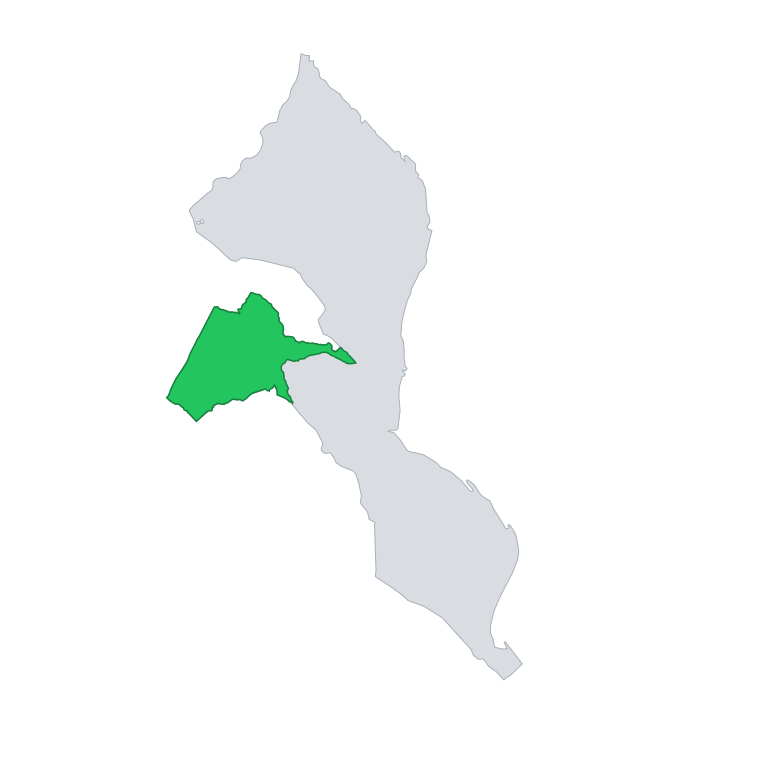 location of Tete within Mozambique, rotated 318°
{"feature_id": "MOZ-1190", "entity_name": "Tete", "entity_type": "Province", "adm_level": 1, "iso_a3": "MOZ", "parent_name": "Mozambique", "parent_adm1": "", "projection": "robinson", "projection_center": [33.352, -15.869], "detail": "fine", "context": "in_parent", "style": "filled", "palette": "green", "viewbox_px": 768, "rotation_deg": 318, "n_neighbors": 0, "source": "natural_earth", "source_scale": "10m", "svg_char_len": 9504}
<svg xmlns="http://www.w3.org/2000/svg" viewBox="0 0 768 768"><g transform="rotate(318 384 384)"><path d="M248.6,521.3L253.1,517.5L282.9,482.1L284.8,480.7L282.3,474.8L286.2,468.0L286.7,457.3L287.9,455.6L292.4,452.0L298.7,441.1L302.6,432.5L303.1,428.5L297.4,416.9L295.7,410.6L297.4,405.2L298.0,400.2L297.3,398.5L293.8,396.4L293.2,394.2L293.2,391.5L294.0,390.1L298.2,387.7L299.1,386.4L302.6,372.9L301.4,362.7L301.4,351.0L302.2,339.0L301.8,332.2L299.1,324.3L298.8,318.7L300.8,314.7L301.1,312.4L294.5,311.1L291.1,307.9L278.5,302.7L268.8,302.0L260.7,294.1L254.4,292.8L246.2,287.1L220.6,286.1L219.7,285.4L218.7,268.1L217.7,262.4L214.6,256.2L213.7,252.0L213.9,249.2L228.0,242.9L255.8,234.0L261.9,231.0L309.2,213.3L310.6,214.4L315.3,223.4L323.2,233.7L325.1,232.3L336.5,230.6L338.1,229.3L341.6,228.4L345.6,227.8L346.9,228.4L351.1,234.8L352.6,246.7L352.7,254.7L352.2,260.4L348.8,267.0L346.3,275.4L342.7,280.0L342.8,282.1L346.9,287.1L347.7,289.2L347.5,293.5L348.2,295.3L351.7,297.9L354.4,302.1L364.7,314.1L367.3,316.3L369.4,316.8L370.4,319.2L369.8,322.0L368.2,323.6L368.9,325.8L370.8,327.6L375.5,327.3L376.1,326.5L375.8,315.9L374.2,309.7L372.2,306.8L376.2,295.3L378.4,292.1L386.1,290.8L389.6,289.7L391.1,288.4L392.3,284.7L393.2,274.5L393.6,264.9L392.8,259.3L393.9,250.8L395.6,245.5L394.8,244.5L394.2,237.4L375.0,209.0L364.1,196.3L362.2,195.0L356.2,194.0L353.0,189.3L350.5,163.8L346.5,145.4L352.8,133.3L354.9,125.4L356.2,124.3L361.6,123.8L380.6,124.1L385.4,124.8L387.5,124.0L392.5,119.3L396.6,119.3L402.1,122.4L405.1,125.0L405.6,127.3L409.2,128.6L416.1,128.9L421.1,127.8L424.2,125.1L427.5,123.6L430.9,123.5L433.5,124.4L435.3,126.4L438.6,127.9L443.6,128.7L449.1,127.4L455.0,124.0L458.4,120.3L460.2,114.3L461.3,113.5L469.6,112.9L474.1,114.1L479.7,117.8L489.5,111.1L495.8,108.8L501.7,108.8L506.5,107.2L510.4,103.9L514.4,101.9L522.6,99.4L528.1,96.1L543.5,83.0L545.2,86.8L548.3,90.2L544.2,94.0L547.7,96.4L545.1,100.1L544.8,102.6L546.0,105.1L544.2,109.2L542.0,112.4L541.4,114.8L543.3,119.2L542.2,126.8L545.3,139.5L544.3,143.8L545.0,153.8L543.8,157.4L545.7,158.7L546.8,162.7L545.8,169.6L542.4,172.6L542.0,175.5L546.3,175.5L546.2,184.3L545.7,186.9L546.6,189.8L545.4,193.1L546.8,207.1L546.9,217.3L547.1,218.9L550.7,220.7L550.6,223.5L548.2,227.1L548.4,232.6L551.0,228.2L552.5,228.3L553.9,230.0L554.0,236.1L554.7,239.2L554.4,241.9L550.0,246.9L549.8,251.9L548.1,252.5L547.3,253.8L548.4,256.6L548.3,259.1L545.3,266.9L530.7,285.5L530.3,288.6L526.6,294.5L522.6,295.5L520.4,297.0L522.1,302.2L502.7,315.3L500.7,317.1L497.5,321.9L491.1,324.5L484.3,324.8L483.1,325.8L467.4,331.9L464.3,334.7L457.6,337.4L447.1,343.9L438.5,350.1L428.7,359.4L427.4,364.4L422.8,370.9L415.9,378.7L411.7,385.1L411.5,387.9L409.0,388.8L407.0,386.1L406.1,391.3L404.4,391.7L402.6,390.6L393.9,396.1L387.4,402.4L378.2,414.5L364.9,426.2L361.9,426.5L357.7,422.4L355.4,422.1L358.8,426.6L358.6,436.4L356.9,447.9L357.1,450.5L365.9,462.7L370.2,477.0L370.5,484.3L374.9,493.7L376.8,507.9L376.3,521.1L378.5,523.2L379.3,521.3L379.6,513.0L380.8,510.8L382.0,511.1L383.1,515.6L383.5,520.3L381.8,530.7L382.3,534.9L384.5,541.9L381.9,550.0L377.9,572.5L378.8,574.0L380.8,574.5L381.5,572.0L382.7,572.1L383.3,573.5L381.6,582.4L380.0,586.2L374.2,595.7L371.0,599.8L365.8,603.8L353.7,610.1L329.3,619.2L313.9,626.2L301.7,634.7L296.4,640.3L294.2,646.8L290.1,653.5L293.7,659.2L298.2,663.2L300.4,656.6L301.6,656.4L299.4,684.6L282.7,685.0L277.9,684.0L275.1,684.2L274.9,672.5L272.8,663.7L273.7,657.4L273.4,654.1L269.9,651.8L269.0,645.1L271.0,639.9L270.9,596.9L265.0,576.0L256.9,560.9L256.4,553.5L252.8,536.8L248.6,521.3ZM357.0,143.7L359.0,142.6L359.3,140.5L358.0,139.5L356.8,139.7L356.3,143.1L357.0,143.7ZM355.6,139.9L354.0,138.3L352.8,138.7L352.4,140.1L353.6,141.8L355.0,141.8L355.6,139.9Z" fill="#d9dde1" stroke="#a8b0b8" stroke-width="1"/><path d="M219.5,286.3L219.5,283.7L219.4,279.3L219.3,275.8L219.2,272.9L219.7,272.7L219.8,272.6L219.4,271.5L219.2,271.2L218.3,270.1L218.2,269.6L218.4,268.8L219.0,267.5L219.1,267.2L219.0,266.8L218.5,266.1L218.4,265.7L218.3,263.3L218.2,262.5L218.0,261.8L217.6,261.2L217.2,260.7L216.8,260.5L215.7,259.8L214.9,258.0L213.7,253.4L213.5,251.8L213.5,250.2L213.3,249.1L213.3,248.9L213.8,248.7L216.7,248.3L219.0,247.0L222.0,245.3L225.4,243.9L228.2,242.8L232.6,241.0L235.8,240.2L240.3,239.0L240.9,239.0L244.2,238.1L248.4,237.0L251.7,236.1L254.5,234.9L257.4,233.2L259.7,231.9L264.2,230.2L268.5,228.6L271.7,227.4L274.1,226.2L275.3,225.8L277.9,225.2L280.9,224.1L284.3,222.8L289.1,221.0L294.5,218.9L300.1,216.8L304.1,215.3L306.9,214.2L309.3,213.3L311.0,214.4L311.8,215.0L312.1,216.1L311.9,217.9L312.1,218.6L312.9,220.0L313.2,220.4L313.6,220.7L313.9,220.8L314.1,221.1L314.2,221.3L314.7,222.2L315.2,223.1L316.9,226.8L317.4,227.6L317.9,228.0L319.2,228.7L319.6,229.1L319.9,229.5L320.0,230.0L320.3,230.5L320.7,230.8L321.5,231.3L321.9,231.6L322.2,232.0L322.6,233.4L322.8,234.0L323.1,234.5L323.5,234.9L324.0,235.1L324.3,234.8L324.4,234.2L324.5,232.9L324.7,231.8L325.2,231.0L325.9,230.8L327.6,232.3L328.5,232.4L329.4,232.0L331.3,230.7L332.2,230.5L333.1,230.5L336.5,231.0L336.8,230.8L337.1,229.9L337.4,229.5L338.4,229.0L340.7,228.9L343.9,227.7L344.2,227.6L344.7,227.7L344.9,227.6L345.2,227.5L345.4,227.2L345.7,227.1L345.9,227.0L346.8,227.6L347.1,228.0L347.5,228.7L348.6,231.1L349.3,232.1L351.0,233.9L351.5,235.1L351.6,236.3L351.1,238.5L351.4,239.8L352.0,241.0L352.3,242.0L352.5,243.2L352.5,245.9L352.6,246.5L352.8,247.2L353.0,247.8L353.4,248.4L353.6,248.9L353.6,249.6L353.3,250.1L352.7,251.1L352.5,251.6L352.6,252.1L352.8,252.6L352.8,253.0L352.5,253.4L352.5,254.1L352.8,256.9L353.1,259.5L353.0,260.4L352.4,261.4L352.0,261.7L351.6,262.0L351.2,262.3L350.8,262.8L350.6,263.3L350.5,264.2L350.3,264.7L349.6,265.1L349.0,266.2L348.4,266.6L348.0,267.2L348.0,268.4L348.3,270.6L348.2,272.1L347.8,273.3L345.8,276.3L345.5,276.6L344.8,276.8L344.2,277.1L343.7,277.6L342.8,278.7L342.4,279.6L342.3,280.9L342.3,282.2L342.7,283.2L343.1,283.6L344.1,284.2L344.6,284.5L347.3,287.6L347.8,288.4L347.9,289.5L347.3,291.8L347.2,293.1L348.5,296.3L349.1,297.0L350.2,297.0L351.6,297.3L352.3,298.1L353.2,300.6L353.6,301.2L354.0,301.6L355.0,302.5L355.2,302.8L355.4,303.1L355.8,304.2L356.0,304.4L356.2,304.5L358.3,305.7L358.7,306.2L359.2,307.4L359.6,307.9L361.1,309.3L361.3,309.8L361.5,310.6L361.9,311.1L362.3,311.5L362.9,311.7L363.2,312.0L363.4,312.1L363.6,312.4L363.7,313.2L363.8,313.4L364.0,313.6L364.5,313.7L364.7,313.8L365.2,314.1L365.4,314.4L366.0,315.3L367.0,316.1L367.9,316.3L368.8,316.2L369.9,316.2L370.6,316.8L370.9,318.0L370.9,319.3L370.8,320.5L370.4,321.5L369.7,322.0L368.9,322.5L368.2,323.1L368.0,324.3L369.0,326.0L368.9,327.0L369.4,327.5L371.1,327.8L374.3,327.9L376.1,327.7L376.3,328.2L376.4,332.5L376.6,333.2L377.3,334.8L377.5,336.2L377.5,336.5L377.1,337.1L377.0,337.4L377.0,337.7L377.0,338.6L377.3,340.8L377.3,348.0L377.0,349.5L376.6,349.3L375.9,348.6L373.8,347.5L373.4,347.1L373.2,346.7L372.9,346.6L372.1,345.8L371.1,345.0L370.6,344.4L370.1,343.8L370.0,343.4L369.9,343.2L369.9,342.5L369.9,342.3L369.5,341.0L369.3,340.7L368.8,340.1L368.7,339.8L368.4,338.3L367.5,335.7L367.2,335.2L367.0,334.5L366.5,333.6L366.3,333.3L366.2,333.2L366.1,332.5L365.7,331.1L365.1,329.5L363.9,327.2L363.1,323.5L362.6,322.4L362.4,322.0L359.5,319.3L358.7,318.9L356.3,318.2L353.9,316.7L347.9,313.1L346.1,312.5L344.0,312.0L341.9,311.9L341.3,311.6L340.8,311.3L339.2,309.8L338.9,309.6L338.6,309.5L337.9,309.3L337.5,309.2L337.0,309.1L335.9,309.5L335.4,309.3L335.1,308.9L335.0,308.4L334.8,308.0L334.5,307.8L333.9,307.7L333.5,307.6L332.7,307.2L332.1,306.6L331.1,304.9L330.1,303.4L329.1,301.8L328.6,301.0L327.3,301.1L326.9,301.2L325.4,301.8L324.9,301.9L321.7,301.5L320.6,301.7L319.8,302.1L319.0,302.6L318.3,303.4L317.2,305.1L317.0,305.4L317.0,306.2L317.0,306.5L316.9,307.0L317.0,307.2L317.1,307.5L317.1,308.0L317.0,308.3L315.1,310.9L315.0,311.1L315.0,311.4L314.9,311.6L314.7,311.8L314.3,311.9L314.2,312.0L313.8,312.3L313.2,313.0L313.1,313.4L313.0,313.8L313.1,314.4L313.0,314.6L312.9,315.2L312.9,315.4L312.9,315.6L312.9,315.9L312.7,316.2L311.7,318.0L310.5,321.6L310.3,322.4L310.3,322.9L310.2,323.0L309.8,323.5L309.6,323.7L309.4,323.7L308.3,323.9L308.1,324.0L307.8,324.2L307.6,324.5L307.3,324.9L306.9,325.2L306.7,325.5L306.3,326.2L305.9,327.4L305.8,328.2L305.8,328.5L305.6,328.8L305.6,329.1L305.6,329.5L305.9,330.4L305.8,330.6L305.8,330.9L304.6,333.5L304.3,334.0L304.0,334.4L304.0,334.6L304.1,334.9L304.1,335.1L304.2,335.4L304.2,335.6L304.0,336.7L303.2,337.0L303.3,336.8L303.5,336.2L303.5,335.6L303.3,335.3L302.6,334.9L302.3,334.6L301.9,333.9L301.8,333.1L301.8,332.7L301.8,331.3L301.3,329.1L300.5,327.0L299.2,324.3L297.4,320.8L297.3,320.6L299.6,318.1L300.1,317.4L300.7,316.2L301.6,312.3L301.8,311.3L301.4,311.3L300.9,311.6L299.9,312.2L299.4,312.4L298.4,312.3L296.4,311.8L295.4,311.8L294.9,311.9L294.5,312.0L294.2,312.3L294.2,312.2L293.1,311.4L292.8,310.0L292.8,309.1L292.6,308.6L292.3,308.2L288.4,306.5L283.4,304.3L280.1,302.8L277.5,302.4L271.2,302.6L267.9,302.0L267.4,301.7L267.1,301.1L266.9,299.7L266.6,299.1L266.3,298.7L264.9,298.0L264.3,297.4L262.3,295.0L261.5,294.2L260.7,293.8L255.3,293.4L254.1,292.8L253.6,292.4L253.0,292.3L252.3,292.3L251.6,292.2L251.6,291.9L251.6,291.7L251.4,291.7L251.1,291.7L250.8,291.4L250.7,291.1L250.5,290.8L250.2,290.5L249.6,290.1L249.2,289.6L248.6,288.4L248.1,287.8L247.6,287.3L247.0,287.1L243.7,286.2L242.3,286.1L241.5,286.7L241.3,287.2L241.0,287.2L240.8,286.9L240.5,286.9L240.0,287.1L239.4,287.9L239.1,288.2L238.3,288.6L237.8,288.5L237.3,288.1L236.8,287.5L235.5,286.5L234.1,286.2L230.6,286.2L225.4,286.2L223.1,286.2L219.5,286.3Z" fill="#22c55e" stroke="#15803d" stroke-width="1.5"/></g></svg>